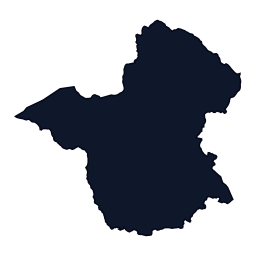 the district of Livramento de Nossa Senhora, Bahia, Brazil
{"feature_id": "56859067B83597278126172", "entity_name": "Livramento de Nossa Senhora", "entity_type": "district", "adm_level": 2, "iso_a3": "BRA", "parent_name": "Brazil", "parent_adm1": "Bahia", "projection": "albers", "projection_center": [-41.976, -13.8], "detail": "fine", "context": "isolated", "style": "filled", "palette": "ink", "viewbox_px": 256, "rotation_deg": 0, "n_neighbors": 0, "source": "geoboundaries", "source_scale": "gbopen_adm2", "svg_char_len": 5835}
<svg xmlns="http://www.w3.org/2000/svg" viewBox="0 0 256 256"><path d="M137.2,58.5L136.8,60.1L135.4,59.9L134.4,61.3L135.1,62.8L128.2,64.3L126.6,64.3L125.5,65.3L125.0,66.6L124.6,67.9L124.1,69.5L124.3,71.4L124.3,73.1L124.2,74.4L123.1,76.2L123.0,77.7L123.3,79.2L123.0,80.6L122.9,82.4L123.5,84.0L123.7,85.2L124.2,86.5L124.3,88.1L124.4,89.3L123.5,91.0L122.6,92.0L121.3,92.7L119.9,93.3L118.8,94.2L117.8,94.7L116.8,95.1L115.2,95.5L113.5,95.5L111.3,95.1L100.4,98.2L99.2,96.7L98.1,96.1L96.6,95.7L95.1,94.9L93.8,95.0L92.6,95.8L91.9,97.0L90.5,98.5L89.0,98.5L86.2,98.7L85.0,98.5L80.0,95.6L79.2,94.6L78.4,93.2L77.3,92.3L75.9,91.3L74.9,89.1L74.5,87.9L74.0,86.8L60.1,88.8L43.3,100.0L40.3,101.5L26.9,107.8L23.9,111.5L15.4,116.4L16.5,117.2L18.5,117.8L20.6,118.3L22.1,118.5L23.3,118.8L25.1,119.5L26.5,119.8L27.9,119.2L29.6,119.5L30.7,120.6L32.2,121.8L33.9,121.9L35.2,122.2L36.3,123.0L37.5,124.0L38.7,125.2L40.0,127.4L40.2,129.6L41.4,129.9L42.4,128.8L43.5,128.6L46.0,128.6L47.2,128.8L48.5,128.6L50.1,129.4L51.2,131.0L51.7,133.2L52.1,134.9L52.8,136.1L53.8,137.4L53.8,139.0L54.2,140.1L55.2,141.1L57.0,141.6L58.0,143.0L58.9,143.7L59.9,144.8L61.3,145.7L62.7,147.5L64.2,148.3L65.4,148.6L66.5,149.1L69.6,148.2L71.1,148.7L72.1,149.3L73.7,148.9L75.5,147.7L76.7,147.1L78.1,146.1L79.6,147.2L81.1,147.9L82.1,148.9L83.2,149.4L84.7,149.6L85.5,150.3L86.4,151.7L87.8,153.3L87.6,154.9L87.8,156.5L88.2,158.3L88.2,159.8L88.2,161.8L88.1,163.0L87.9,164.3L87.2,166.1L85.9,167.6L87.0,169.5L87.7,171.5L87.6,173.2L87.3,174.3L87.2,175.6L87.7,176.9L86.9,178.3L87.5,179.5L88.3,180.6L88.4,182.3L89.5,183.9L90.4,184.6L90.8,185.7L91.1,187.8L92.5,189.1L93.3,190.2L94.0,193.3L94.2,194.9L93.3,196.9L94.2,198.4L94.8,200.1L94.5,201.8L94.9,203.0L96.1,203.6L97.8,204.8L99.1,205.6L98.8,207.3L99.3,209.4L100.6,209.8L101.6,210.6L102.1,212.0L103.0,212.7L103.7,213.7L104.1,215.5L104.8,217.2L104.8,218.4L105.5,219.5L105.5,220.6L105.8,221.9L107.0,222.9L107.3,224.1L108.4,225.3L109.7,226.0L110.9,228.3L111.8,229.0L113.0,228.6L113.6,227.6L115.4,227.6L116.5,227.0L117.5,227.5L118.7,227.5L119.9,228.7L118.9,229.2L120.2,230.0L121.8,229.4L123.6,228.7L123.7,227.4L124.9,228.1L125.8,229.6L126.9,230.5L128.1,231.3L129.6,231.8L130.7,231.1L132.2,230.5L133.3,229.5L135.3,229.7L136.8,230.6L138.0,231.7L137.7,233.2L138.9,234.3L140.8,234.4L141.9,234.3L143.1,234.8L144.5,235.1L146.0,235.5L148.8,235.2L150.2,235.1L151.2,234.8L151.8,233.5L151.7,231.6L152.1,230.4L153.3,229.6L154.3,229.1L155.5,228.9L156.4,229.5L157.3,230.1L158.8,229.9L160.2,229.2L162.3,228.9L164.1,227.8L165.7,227.6L166.9,227.6L168.3,227.5L171.6,228.1L173.1,228.1L174.3,227.7L175.5,227.8L177.2,227.5L178.8,227.3L179.8,227.9L180.9,228.2L182.6,227.7L182.9,226.4L182.7,224.8L183.8,223.7L183.4,222.3L183.5,220.9L185.0,219.2L186.1,219.8L187.1,220.7L188.7,221.3L189.9,222.0L190.7,220.9L189.9,219.2L190.6,217.3L192.1,216.1L192.4,214.9L193.1,213.6L195.4,211.6L196.6,210.0L197.4,208.8L198.6,208.9L199.3,207.8L200.3,208.4L201.9,209.0L203.7,208.4L204.9,208.4L205.5,207.2L205.4,206.0L204.9,205.0L203.7,204.8L203.7,203.3L204.0,201.7L204.6,200.4L206.4,199.6L206.7,198.2L207.5,196.7L209.4,196.6L210.9,197.1L212.9,198.0L214.6,197.4L216.3,197.9L217.7,196.8L219.2,197.4L220.1,198.2L219.4,199.9L218.6,201.3L220.1,201.9L221.9,202.6L223.6,201.9L225.9,202.5L227.3,203.5L229.0,202.5L230.3,201.4L231.6,200.2L232.8,199.4L227.5,187.3L226.6,186.4L225.9,185.3L224.6,184.3L222.9,183.1L222.3,181.9L221.0,178.2L220.8,177.1L219.7,176.0L218.4,175.2L217.6,174.2L216.7,173.6L215.4,172.3L214.2,171.1L213.1,170.4L212.2,169.4L211.7,168.3L212.1,166.4L213.5,165.4L214.8,164.6L214.5,163.4L213.4,162.2L212.3,161.3L213.3,160.5L214.2,159.1L215.5,158.9L216.3,157.9L216.7,156.6L216.0,155.6L214.9,155.2L213.5,154.9L212.4,153.9L211.1,153.8L209.5,152.8L208.3,152.7L208.0,154.3L207.9,155.8L206.8,156.5L205.7,155.2L204.4,155.0L203.8,153.8L202.9,152.8L202.2,151.8L201.5,150.7L201.0,148.8L199.6,147.1L199.3,144.8L199.9,143.1L200.7,141.5L201.7,140.2L201.6,138.9L196.5,137.9L196.8,136.5L197.7,135.3L198.8,134.4L199.7,133.2L200.2,132.2L201.7,131.2L201.7,129.6L201.9,128.5L202.0,127.1L203.7,126.9L203.8,124.1L204.6,123.2L205.1,122.2L205.4,120.8L205.3,119.3L204.6,118.3L204.4,115.7L204.2,114.4L205.4,113.1L206.7,112.2L208.2,111.8L209.7,112.1L210.7,111.5L212.0,110.8L213.5,112.3L215.2,112.3L216.1,111.5L217.1,110.9L218.3,111.5L219.6,111.7L220.8,112.5L221.8,111.9L223.2,111.7L224.3,113.2L225.6,112.8L226.3,111.8L225.7,110.3L224.7,109.2L225.8,108.0L227.0,106.4L228.0,104.8L228.7,103.3L229.3,101.5L229.5,99.7L230.0,98.2L231.0,97.3L232.4,97.1L233.9,96.4L234.9,95.2L235.9,93.8L236.6,92.7L237.4,91.7L239.4,90.0L239.9,88.8L240.2,87.2L240.2,83.8L240.6,81.8L240.3,79.6L239.2,76.3L239.8,74.9L240.0,73.5L238.9,73.8L237.8,74.2L236.7,74.0L235.3,73.2L234.0,72.0L233.1,71.0L230.7,68.3L230.0,67.3L228.9,66.0L227.7,64.8L226.0,63.9L224.5,65.0L223.4,64.5L221.5,63.4L220.6,62.7L220.1,61.5L219.8,59.7L219.4,58.2L218.2,56.8L217.6,54.8L216.5,53.8L215.1,53.8L213.6,54.3L212.3,53.3L210.9,52.2L208.4,51.1L207.4,50.4L206.7,49.5L206.0,48.5L204.9,47.2L203.6,46.1L202.2,44.7L201.6,43.6L201.3,41.7L199.8,40.8L199.1,39.5L197.8,38.3L196.8,37.8L195.4,36.9L194.1,36.5L193.3,35.6L192.7,34.5L191.4,34.1L189.9,33.8L188.8,33.3L187.7,32.4L186.5,32.1L185.6,31.4L184.3,30.6L182.9,30.2L180.9,29.3L178.1,28.7L177.0,29.5L175.8,30.0L174.1,30.0L173.2,30.9L172.1,31.0L171.0,30.4L170.0,29.5L168.9,28.2L167.5,27.3L165.6,26.3L164.7,24.2L163.5,23.5L162.3,22.6L161.0,21.8L159.2,21.4L157.7,20.5L156.4,20.9L155.1,21.6L154.0,22.7L152.5,24.0L151.4,24.6L150.4,25.5L148.5,28.3L147.2,27.5L145.7,26.7L144.3,26.4L143.3,27.3L142.5,28.8L142.1,30.8L142.2,31.9L142.3,33.6L141.5,35.5L140.0,35.3L138.6,35.0L137.4,34.4L136.2,35.0L136.0,36.3L136.5,37.4L136.8,38.5L136.9,39.6L136.7,41.0L136.1,42.1L137.1,43.4L138.0,45.1L137.0,45.8L137.2,47.6L137.8,49.7L137.0,51.0L138.4,52.3L138.3,53.9L138.0,55.4L138.5,57.0L137.2,58.5Z" fill="#0f172a" stroke="#020617" stroke-width="1.5"/></svg>